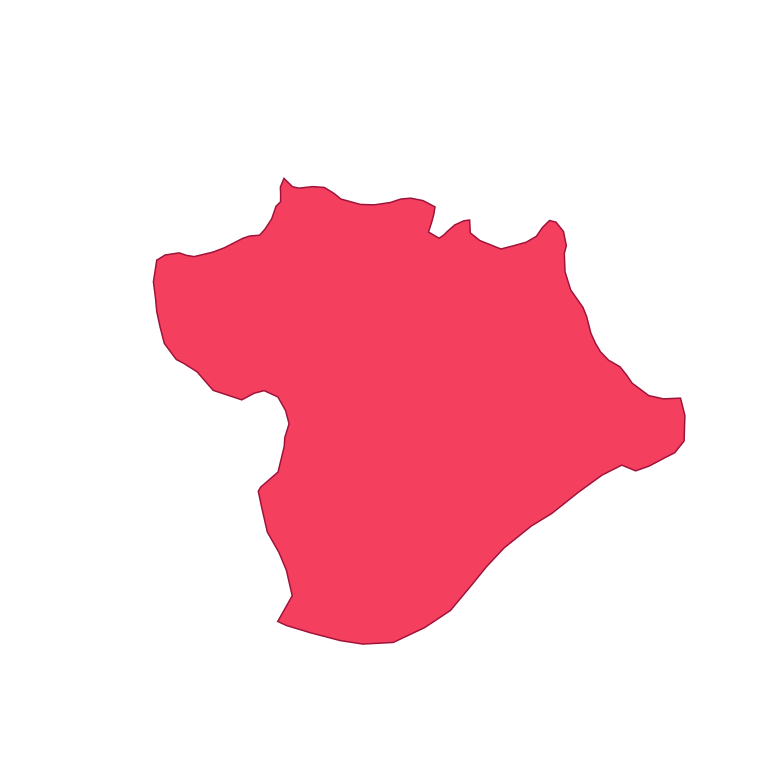 Tanjung Manis, Sarawak, Malaysia (orthographic projection), rotated 229°
{"feature_id": "92858781B89003651780550", "entity_name": "Tanjung Manis", "entity_type": "district", "adm_level": 2, "iso_a3": "MYS", "parent_name": "Malaysia", "parent_adm1": "Sarawak", "projection": "orthographic", "projection_center": [111.343, 2.279], "detail": "fine", "context": "isolated", "style": "filled", "palette": "rose", "viewbox_px": 768, "rotation_deg": 229, "n_neighbors": 0, "source": "geoboundaries", "source_scale": "gbopen_adm2", "svg_char_len": 1575}
<svg xmlns="http://www.w3.org/2000/svg" viewBox="0 0 768 768"><g transform="rotate(229 384 384)"><path d="M589.0,419.2L582.3,407.5L579.0,396.0L577.9,387.8L583.9,379.6L586.6,373.0L591.6,352.7L595.9,341.2L604.7,324.3L610.7,319.3L617.3,315.5L625.0,303.4L626.1,296.3L626.6,293.8L612.4,277.0L598.6,267.8L587.9,260.1L574.1,252.5L558.7,244.8L538.8,243.3L531.2,246.3L515.8,250.9L503.6,250.9L491.3,250.9L465.3,266.3L462.2,280.0L457.6,289.2L443.8,295.4L428.5,292.3L416.2,286.2L408.6,273.9L402.4,267.8L387.1,246.3L387.1,235.6L387.1,223.3L385.6,218.8L371.8,211.1L348.8,198.8L325.8,194.2L307.4,188.1L284.4,175.8L274.5,148.0L265.8,151.9L244.4,165.3L219.0,182.7L201.6,197.4L182.9,221.4L173.5,254.8L169.5,285.6L174.9,319.0L178.9,341.7L181.5,367.1L180.2,401.9L176.2,426.0L174.8,459.4L172.2,488.8L166.8,510.2L153.4,516.9L148.1,530.3L144.1,547.6L141.4,558.3L144.1,573.1L162.8,590.4L178.8,598.5L189.5,585.1L201.6,576.2L221.9,571.8L231.2,572.9L242.2,573.4L254.7,569.1L266.3,568.5L275.6,570.2L286.5,573.4L301.8,581.1L311.2,584.4L332.5,586.6L350.0,594.3L364.3,605.8L368.7,612.3L381.3,619.5L393.3,620.0L398.8,616.2L398.2,606.3L395.5,595.9L397.7,584.4L403.7,571.8L409.2,560.8L429.5,550.4L441.5,548.3L451.6,556.2L454.8,551.3L457.6,541.9L457.6,536.6L457.6,532.1L457.2,526.8L457.9,521.2L469.5,517.3L475.5,527.2L479.3,532.8L484.2,538.7L496.8,533.8L506.7,526.1L512.6,518.0L516.8,507.9L525.6,494.2L535.0,484.0L551.9,472.8L560.3,471.4L571.5,467.9L579.6,459.9L587.6,448.3L592.9,444.4L604.8,443.4L600.6,435.0L594.6,430.1L589.4,425.5L589.0,419.2Z" fill="#f43f5e" stroke="#9f1239" stroke-width="1.5"/></g></svg>